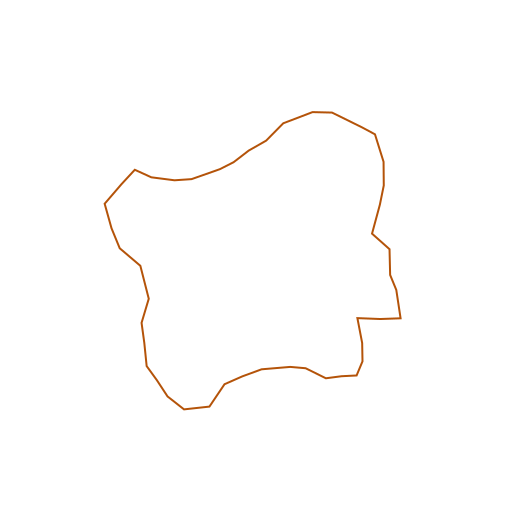 Katokopia, Cyprus, rotated 214°
{"feature_id": "46923920B85367038784493", "entity_name": "Katokopia", "entity_type": "district", "adm_level": 2, "iso_a3": "CYP", "parent_name": "Cyprus", "parent_adm1": "", "projection": "albers", "projection_center": [33.058, 35.168], "detail": "fine", "context": "isolated", "style": "outline", "palette": "amber", "viewbox_px": 512, "rotation_deg": 214, "n_neighbors": 0, "source": "geoboundaries", "source_scale": "gbopen_adm2", "svg_char_len": 727}
<svg xmlns="http://www.w3.org/2000/svg" viewBox="0 0 512 512"><g transform="rotate(214 256 256)"><path d="M101.3,285.2L120.7,306.3L134.2,315.3L149.1,336.3L172.3,339.4L182.0,367.8L189.5,385.9L202.9,405.4L225.4,423.4L240.3,421.9L273.2,417.4L289.6,406.9L307.6,381.3L312.1,357.3L321.0,339.3L327.0,321.3L334.5,307.8L352.4,283.7L365.9,273.2L386.8,262.7L404.7,259.7L407.7,240.2L410.7,214.7L391.3,198.2L373.3,186.2L346.4,183.2L321.0,160.6L313.5,136.6L300.1,121.6L285.1,103.6L268.7,97.6L250.8,90.1L229.9,88.6L210.4,105.1L210.4,132.1L200.0,148.6L188.0,165.2L165.6,183.2L152.1,190.7L129.7,193.7L117.8,204.2L105.8,213.2L108.8,228.2L119.3,243.2L137.2,261.2L117.8,273.2L101.3,285.2Z" fill="none" stroke="#b45309" stroke-width="2"/></g></svg>